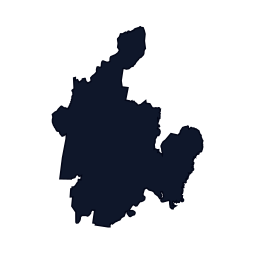 outline of Phu Giao, Bình Phước, Vietnam, rotated 9°
{"feature_id": "81297802B21040073838815", "entity_name": "Phu Giao", "entity_type": "district", "adm_level": 2, "iso_a3": "VNM", "parent_name": "Vietnam", "parent_adm1": "Bình Phước", "projection": "equal_earth", "projection_center": [106.819, 11.34], "detail": "fine", "context": "isolated", "style": "filled", "palette": "ink", "viewbox_px": 256, "rotation_deg": 9, "n_neighbors": 0, "source": "geoboundaries", "source_scale": "gbopen_adm2", "svg_char_len": 5955}
<svg xmlns="http://www.w3.org/2000/svg" viewBox="0 0 256 256"><g transform="rotate(9 128 128)"><path d="M185.1,200.8L185.3,199.4L187.6,197.4L184.3,197.2L185.1,196.3L184.9,195.9L183.9,195.4L183.7,193.8L184.0,193.3L184.5,193.2L185.7,194.1L186.3,193.1L187.1,192.6L187.3,192.9L187.2,194.0L187.6,194.2L187.8,192.7L188.5,193.5L189.5,193.5L190.2,193.4L190.5,192.3L191.6,191.4L192.0,191.4L192.6,192.2L193.4,192.1L194.1,191.4L194.1,190.2L193.4,189.4L192.5,189.4L191.9,190.0L191.6,189.8L191.6,189.2L192.5,188.4L192.3,187.7L192.4,186.3L191.3,185.8L191.0,185.2L191.2,183.7L191.9,183.8L192.0,182.1L191.9,181.9L191.4,182.1L191.4,181.6L192.0,180.7L191.3,179.9L191.1,178.8L190.5,178.7L190.4,178.3L190.8,177.7L191.3,177.8L191.8,178.4L192.3,178.2L192.4,177.8L191.2,176.2L192.1,176.0L192.1,175.0L190.9,174.2L190.8,173.8L191.3,173.1L193.4,173.0L193.8,172.6L193.5,171.8L193.7,171.0L193.2,169.4L193.8,168.7L194.1,169.5L194.3,169.3L194.2,168.7L194.8,168.8L195.0,168.3L195.1,167.6L194.5,166.7L195.0,166.6L195.6,164.4L195.0,163.1L196.6,163.2L196.6,162.6L197.2,162.4L197.3,161.7L197.9,161.5L198.0,159.9L198.9,159.5L199.2,159.0L199.1,158.0L197.1,156.9L197.3,156.4L198.4,157.0L198.4,156.1L197.9,155.3L198.3,153.4L197.6,153.4L198.3,152.8L198.4,152.2L198.1,151.7L197.1,151.1L197.5,149.1L196.9,149.1L196.8,148.7L197.9,147.7L197.6,147.4L197.4,146.3L197.9,146.2L198.3,146.7L198.5,146.1L199.1,146.3L198.9,145.8L199.4,145.2L199.3,144.8L199.7,144.3L199.9,143.4L200.3,143.3L200.5,142.6L200.8,143.0L201.8,142.7L202.1,142.3L201.9,141.7L202.2,140.4L203.2,140.2L203.4,139.9L203.7,140.1L204.2,139.7L204.7,136.7L204.4,136.4L204.8,135.1L204.5,134.5L204.5,134.0L204.0,133.7L204.2,132.3L203.5,131.8L203.8,130.0L203.8,128.7L202.7,127.7L202.4,126.7L201.6,125.8L201.3,123.8L199.8,122.6L198.4,119.8L195.1,118.2L193.9,118.6L193.3,117.8L191.3,118.0L190.2,117.6L188.7,119.3L188.2,119.5L187.8,119.1L187.2,116.9L186.5,116.8L185.4,117.7L184.5,117.7L182.0,119.0L180.4,122.6L180.3,124.4L179.7,125.5L179.7,126.2L179.0,126.4L178.7,127.3L171.3,126.8L167.0,134.0L165.0,136.0L164.1,138.2L163.5,140.5L163.7,141.4L164.5,142.8L165.2,145.5L165.8,146.5L166.2,148.9L166.1,149.5L165.4,148.3L163.8,148.1L163.0,147.1L161.9,146.7L161.7,147.3L161.2,147.4L161.3,146.5L161.8,145.6L161.7,144.6L160.1,145.0L158.2,144.4L157.2,144.9L157.2,143.0L156.4,140.2L156.9,138.2L156.8,136.5L156.4,135.3L158.0,130.7L159.5,130.6L160.3,128.1L160.2,126.2L159.4,124.8L158.4,124.1L157.2,124.1L157.1,123.8L157.5,122.5L157.9,122.0L158.7,121.9L158.9,121.4L158.3,120.5L157.8,121.0L156.7,119.3L156.6,118.3L157.1,115.9L156.8,115.6L156.3,115.9L155.9,114.3L155.8,113.5L157.2,114.4L157.9,113.5L157.9,112.9L157.6,112.5L157.7,111.2L157.3,110.4L157.4,108.5L156.5,108.0L157.2,106.1L156.9,105.4L157.0,104.4L156.5,104.5L155.9,103.3L155.0,103.2L153.8,103.8L152.4,103.7L150.6,104.3L148.8,104.3L145.8,100.7L142.0,100.8L141.2,98.2L137.0,102.9L134.5,103.9L133.7,103.8L132.7,102.6L131.0,101.9L129.7,100.7L128.3,101.5L127.7,100.5L126.7,101.4L125.8,101.4L125.3,101.0L121.2,100.9L121.7,88.2L115.7,88.4L113.8,82.4L113.7,70.1L114.7,69.7L117.3,70.0L119.5,69.2L121.7,66.7L123.3,66.2L123.4,65.4L124.9,63.5L125.2,62.3L126.8,59.5L127.3,59.0L128.1,57.2L129.8,56.0L131.7,53.2L131.9,51.9L131.7,49.2L132.0,47.8L132.7,46.9L130.5,39.4L130.1,32.5L128.6,29.0L127.2,26.6L125.3,26.7L124.4,26.1L123.6,26.5L123.3,27.2L121.3,27.9L121.1,28.4L119.7,28.7L118.6,29.8L118.5,30.7L117.5,31.0L115.6,32.5L114.6,32.8L114.0,32.3L113.1,32.3L112.8,32.7L112.5,34.2L111.2,33.7L110.5,33.8L108.0,35.9L105.9,36.2L105.4,39.2L103.9,41.4L103.9,42.1L105.1,45.9L105.2,49.9L107.3,52.1L107.3,53.1L106.3,55.4L104.2,57.6L99.9,60.3L99.5,61.6L99.8,64.8L99.1,65.7L97.4,66.4L96.2,66.4L92.8,65.7L92.1,66.3L91.8,68.0L92.1,71.8L90.9,72.7L88.8,72.3L88.0,72.7L87.8,75.0L88.3,77.7L86.6,80.3L84.8,82.1L83.4,84.3L84.2,86.6L84.0,87.7L83.7,88.1L81.1,90.1L80.5,89.4L79.1,88.6L77.9,85.8L77.6,85.8L75.3,86.7L75.0,88.5L74.3,88.8L72.4,90.7L70.6,88.2L68.6,89.1L68.1,86.4L66.5,87.1L68.7,97.7L67.0,99.4L66.9,99.9L67.4,100.5L67.8,100.4L68.6,104.1L68.0,105.0L68.1,105.4L67.8,105.9L68.2,107.8L67.8,108.6L68.0,109.4L67.8,110.6L67.5,111.0L67.8,111.8L67.6,112.5L67.2,112.9L67.0,114.7L66.7,114.9L66.9,115.8L66.1,116.7L66.1,118.2L65.1,118.2L64.8,118.6L64.3,118.2L63.7,118.5L62.7,117.9L62.4,118.4L61.8,118.3L59.1,116.9L58.5,117.1L56.1,120.6L55.7,121.8L55.0,122.7L53.3,123.9L51.2,126.4L52.2,129.0L52.1,131.7L52.5,134.0L54.1,137.0L54.9,137.8L55.4,138.7L56.1,139.2L57.9,141.7L58.6,142.1L60.7,142.0L61.8,144.2L64.2,146.3L65.8,145.5L65.6,145.2L66.1,144.7L66.6,144.6L66.9,144.1L67.4,144.3L67.9,143.7L68.3,145.3L68.6,148.6L68.0,167.7L68.7,188.8L80.0,187.2L80.2,186.6L83.2,185.2L83.9,183.0L84.8,182.0L86.0,182.0L87.3,183.4L89.5,182.1L89.5,186.6L87.1,186.6L87.2,189.4L86.4,190.2L85.1,193.3L83.5,194.9L82.1,195.1L82.3,196.8L81.1,197.1L81.8,205.0L84.2,204.6L84.8,214.0L89.7,219.2L91.3,228.9L91.6,229.6L92.2,229.9L93.6,229.4L94.8,227.0L95.0,225.4L94.9,223.4L95.9,221.6L100.1,220.9L102.0,221.2L103.1,220.1L104.3,218.1L104.2,217.0L105.0,215.0L105.5,214.6L108.0,214.5L108.2,227.2L110.2,227.2L111.1,228.2L111.0,228.8L123.9,228.7L125.6,228.4L125.2,226.0L125.9,225.7L125.9,225.2L127.2,224.5L127.7,225.1L130.7,222.0L131.4,222.0L132.0,221.2L134.3,220.0L135.4,217.5L137.9,215.6L138.7,211.0L140.3,210.3L140.3,211.5L140.6,212.4L143.2,215.0L144.3,215.0L146.2,213.3L147.6,212.8L148.2,211.7L148.2,210.6L147.9,210.0L146.5,209.2L145.3,208.9L142.3,209.5L142.1,209.1L142.4,207.8L144.2,203.8L144.7,203.1L145.9,202.9L147.8,203.8L149.0,203.3L150.9,199.4L151.8,198.6L152.8,198.4L154.4,197.4L155.5,196.2L155.6,194.1L155.2,193.3L153.4,192.5L153.0,190.4L153.7,185.3L154.6,185.2L155.8,184.2L158.5,185.9L161.8,186.2L163.6,187.0L165.0,188.7L168.5,190.5L170.5,192.8L170.9,192.7L171.3,192.0L171.8,189.6L170.6,187.5L170.4,186.3L170.8,185.6L171.7,185.5L173.2,187.9L173.9,190.1L173.5,191.4L171.9,193.1L171.8,194.2L172.1,194.9L172.8,195.5L174.0,195.5L179.4,193.1L180.2,193.2L180.8,194.1L181.1,196.2L182.2,199.7L183.8,200.8L185.1,200.8Z" fill="#0f172a" stroke="#020617" stroke-width="1.5"/></g></svg>